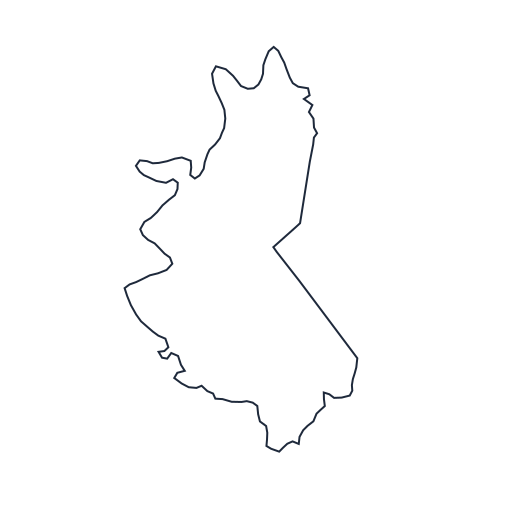 Ipira, Santa Catarina, Brazil, rotated 147°
{"feature_id": "56859067B94705413324675", "entity_name": "Ipira", "entity_type": "district", "adm_level": 2, "iso_a3": "BRA", "parent_name": "Brazil", "parent_adm1": "Santa Catarina", "projection": "mercator", "projection_center": [-51.796, -27.371], "detail": "fine", "context": "isolated", "style": "outline", "palette": "slate", "viewbox_px": 512, "rotation_deg": 147, "n_neighbors": 0, "source": "geoboundaries", "source_scale": "gbopen_adm2", "svg_char_len": 2041}
<svg xmlns="http://www.w3.org/2000/svg" viewBox="0 0 512 512"><g transform="rotate(147 256 256)"><path d="M145.9,412.0L150.9,405.0L155.4,401.3L160.6,398.5L166.5,397.9L171.8,400.7L176.0,406.7L176.5,413.3L177.1,419.6L179.6,429.1L186.3,436.9L193.6,432.8L197.7,423.9L199.8,416.5L200.4,410.8L201.5,402.8L202.9,395.8L206.9,388.0L213.1,380.6L217.4,377.9L222.1,374.4L229.6,371.8L237.0,370.5L241.3,367.8L248.0,362.5L252.4,357.6L259.4,354.3L265.1,354.3L267.0,359.8L262.2,365.4L258.9,371.4L264.5,379.0L271.0,381.8L278.9,383.9L286.8,387.0L292.1,390.0L295.7,394.9L301.4,399.5L307.6,397.0L307.6,390.1L306.0,384.9L303.0,380.2L298.7,373.2L291.6,366.4L283.8,365.6L281.7,360.1L285.4,354.9L290.9,351.2L298.2,350.6L306.8,349.4L315.1,346.7L323.4,345.2L331.0,345.4L338.5,341.5L339.5,335.1L337.7,328.2L334.1,321.8L332.8,315.2L331.4,307.7L329.0,301.6L330.4,295.1L338.6,293.0L347.7,294.9L355.5,297.6L364.5,298.6L370.7,299.4L377.5,301.0L383.7,300.6L385.8,292.8L387.7,282.9L388.4,272.2L388.0,263.8L385.9,256.4L383.7,248.8L381.3,242.4L377.0,236.0L379.2,227.2L384.6,226.2L389.9,228.7L390.2,221.9L386.4,218.3L379.9,220.8L375.8,214.6L378.2,205.6L378.3,198.5L385.6,200.9L391.0,198.2L387.8,189.6L383.9,182.6L377.8,177.8L372.3,176.8L370.4,169.2L366.9,164.0L367.8,158.5L362.0,154.2L355.8,147.0L347.7,141.5L342.8,139.3L338.6,134.8L336.6,129.5L340.4,122.1L342.8,115.1L340.1,107.9L342.8,101.6L346.7,96.1L350.7,91.0L348.3,86.1L343.1,79.3L337.7,80.5L332.0,81.5L326.3,80.6L322.5,75.1L318.0,80.6L311.3,84.2L305.2,85.5L297.9,86.1L291.1,90.8L285.7,91.8L280.0,92.7L277.0,98.9L273.5,104.6L269.8,100.1L267.8,94.5L261.3,90.6L253.4,87.9L248.6,90.6L245.9,95.5L241.8,100.0L237.3,103.7L232.6,107.9L226.7,115.1L233.2,211.4L236.4,248.2L236.6,254.0L207.1,258.5L201.2,259.5L159.5,305.8L147.4,318.3L142.9,323.8L137.9,325.7L137.4,332.1L133.0,339.9L133.2,347.9L126.5,351.9L130.3,361.6L123.5,361.6L121.0,368.3L128.4,375.0L131.0,380.9L130.5,387.2L128.6,396.2L127.0,402.8L126.5,409.0L125.6,415.9L127.3,421.7L133.8,420.8L141.0,415.9L145.9,412.0Z" fill="none" stroke="#1e293b" stroke-width="2"/></g></svg>